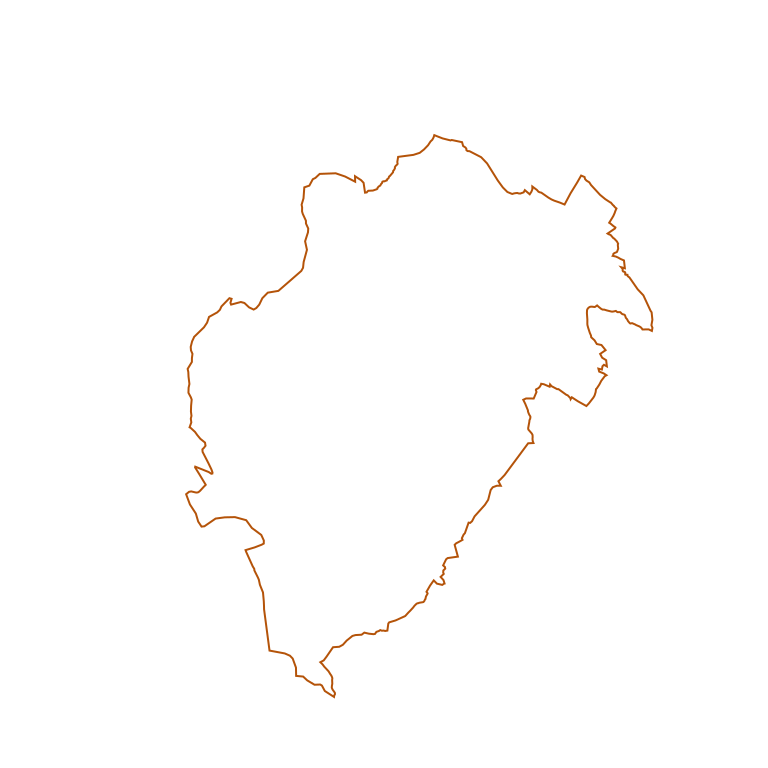 the district of Boteni, Arges, Romania, rotated 37°
{"feature_id": "2599482B33431600149134", "entity_name": "Boteni", "entity_type": "district", "adm_level": 2, "iso_a3": "ROU", "parent_name": "Romania", "parent_adm1": "Arges", "projection": "robinson", "projection_center": [25.134, 45.176], "detail": "fine", "context": "isolated", "style": "outline", "palette": "amber", "viewbox_px": 768, "rotation_deg": 37, "n_neighbors": 0, "source": "geoboundaries", "source_scale": "gbopen_adm2", "svg_char_len": 6160}
<svg xmlns="http://www.w3.org/2000/svg" viewBox="0 0 768 768"><g transform="rotate(37 384 384)"><path d="M532.4,664.0L531.9,663.1L531.6,662.2L531.6,661.5L531.1,660.7L530.6,660.2L529.5,659.8L526.8,659.0L525.1,658.0L524.1,656.5L523.1,654.5L520.7,651.6L519.9,650.2L519.1,649.5L517.3,648.5L515.9,648.1L512.6,646.8L506.4,645.7L503.7,644.9L500.6,644.5L502.2,641.0L502.2,636.3L501.7,624.9L506.4,620.8L508.1,617.0L508.6,611.4L510.4,604.2L512.3,601.7L517.0,597.7L517.9,594.4L522.2,592.5L526.2,590.1L527.2,589.0L527.1,586.5L528.6,584.3L529.1,582.8L530.8,582.3L532.0,581.2L533.6,580.5L535.1,578.9L531.6,572.7L531.6,571.2L535.5,565.9L540.6,556.5L541.0,552.0L541.4,549.2L541.8,545.0L541.8,542.8L542.2,540.1L542.6,539.1L543.4,538.3L543.8,537.5L546.4,534.8L546.7,534.4L546.8,533.1L546.4,531.4L546.4,531.1L546.5,530.8L545.4,528.5L545.0,525.4L544.8,524.9L543.0,524.4L542.1,517.3L541.9,510.9L546.4,511.6L551.4,509.4L552.2,507.1L552.4,506.9L549.5,504.8L545.3,504.0L546.0,499.7L544.7,498.9L543.6,497.2L544.0,494.6L542.8,493.5L540.4,493.3L539.1,486.6L539.6,484.7L546.9,477.4L537.2,469.9L537.5,467.8L538.8,465.1L540.5,461.2L539.0,460.3L538.2,456.3L538.4,454.5L535.0,443.8L536.4,443.1L536.9,440.6L536.0,435.2L537.3,419.8L536.9,413.8L533.0,404.5L533.0,401.0L535.3,397.4L538.5,395.0L533.9,392.8L534.5,389.5L535.1,384.1L534.8,344.6L538.9,341.2L537.2,340.1L536.1,339.0L535.3,338.0L534.7,337.0L533.3,335.3L531.8,334.6L526.7,333.5L525.7,332.5L522.8,326.7L522.1,325.6L521.8,324.7L521.7,323.9L520.8,322.2L520.1,321.7L518.7,321.2L517.2,320.4L515.5,319.3L514.9,318.5L508.7,314.8L504.7,312.8L506.2,310.0L512.3,305.5L510.6,298.6L508.9,297.4L508.7,296.7L509.8,294.5L510.1,292.4L509.8,290.3L509.4,289.2L511.8,288.0L517.9,286.5L516.9,284.4L519.1,284.9L525.4,283.9L526.4,283.1L536.2,282.9L537.4,282.5L541.3,283.1L542.2,283.8L542.0,281.6L549.2,281.1L558.9,279.8L559.3,276.2L559.4,268.8L559.1,266.5L557.9,263.1L556.4,260.5L556.6,259.7L556.3,254.8L555.6,250.7L555.6,245.0L556.4,243.1L553.1,243.3L548.4,244.6L546.0,242.7L549.3,241.3L547.8,238.3L548.1,236.3L551.4,235.8L547.1,231.3L542.4,231.7L538.5,229.9L540.6,223.6L534.2,222.0L529.9,224.0L525.8,222.4L521.4,222.0L520.1,220.7L517.6,219.3L513.3,216.3L511.0,214.5L510.2,213.6L507.5,210.0L503.4,205.3L501.7,202.8L501.4,201.8L501.4,200.3L501.8,198.9L502.3,198.1L503.5,197.1L505.8,195.8L506.2,195.3L506.9,193.0L509.1,193.2L512.4,193.3L513.8,193.0L515.0,192.1L517.5,191.2L522.0,189.3L522.8,188.8L523.7,187.9L525.2,186.1L526.6,186.2L527.4,186.0L529.3,184.5L530.2,184.5L531.4,184.8L532.5,184.7L533.9,184.1L534.8,184.0L535.4,184.3L537.3,185.6L539.2,186.0L541.0,186.9L543.2,187.4L544.0,187.5L544.4,187.4L545.5,186.1L548.8,185.3L549.9,185.2L553.4,184.3L554.9,184.2L556.6,184.5L557.6,184.9L562.5,181.1L566.0,180.4L564.6,177.6L562.2,176.1L559.7,171.2L554.6,165.7L552.8,165.1L537.8,157.1L529.6,155.7L515.9,151.2L513.9,151.2L513.2,150.9L512.7,150.3L511.0,151.4L510.3,151.0L510.1,150.3L509.5,149.8L508.7,149.6L508.0,150.0L507.2,150.2L506.4,149.9L505.4,148.5L503.2,148.0L506.7,146.6L501.3,140.9L497.6,141.8L495.0,142.1L492.4,142.7L489.6,144.0L489.6,143.3L488.9,142.2L489.0,141.4L489.3,140.6L490.5,138.6L490.5,138.0L489.6,135.0L487.0,132.2L486.6,131.1L484.3,130.0L480.2,129.3L479.5,129.5L475.2,128.6L473.2,129.2L472.0,129.3L474.9,120.7L474.6,119.7L472.3,119.8L468.4,119.6L466.8,119.7L466.3,114.1L466.0,111.6L465.3,108.6L464.7,106.8L464.0,103.9L462.8,103.9L460.8,103.6L460.6,103.4L459.0,103.3L456.0,102.6L455.4,102.8L449.5,103.2L442.7,102.9L429.6,100.5L426.6,99.4L423.3,99.7L421.2,99.3L419.6,98.0L416.0,98.9L417.0,106.7L418.2,119.4L420.2,132.0L415.2,133.3L409.7,135.1L406.7,135.8L403.1,136.2L394.5,136.5L393.2,137.1L391.7,137.5L389.3,137.0L383.6,137.0L385.3,139.2L386.0,141.7L386.2,144.8L379.8,144.4L380.2,146.9L378.2,149.9L376.8,150.8L375.5,151.2L374.1,152.5L373.0,153.7L372.2,154.9L371.6,155.2L367.0,156.4L360.6,155.5L352.4,153.0L333.6,145.8L325.1,144.4L312.2,146.6L310.5,147.7L309.0,147.6L308.1,146.5L306.7,146.1L304.0,146.3L300.8,143.9L291.2,148.4L290.6,149.4L283.0,152.6L274.4,155.0L275.2,157.2L275.6,159.9L275.2,162.3L275.5,166.8L274.8,172.6L273.4,177.9L269.6,183.3L258.6,194.1L261.0,198.7L262.4,200.0L262.4,201.0L262.1,202.4L262.1,203.5L262.2,204.3L262.9,205.1L263.2,206.8L263.1,208.3L263.8,209.5L263.5,214.5L263.3,214.8L263.3,215.6L263.7,216.5L263.7,217.3L263.3,218.7L263.7,219.5L263.7,219.9L263.0,220.6L262.6,221.6L262.4,221.9L261.5,222.5L261.0,223.4L261.5,224.9L261.3,226.2L261.6,227.7L260.9,229.5L260.8,231.2L261.2,232.0L261.0,232.8L258.7,236.2L255.2,239.1L255.0,239.8L254.9,241.4L253.7,242.6L246.6,235.6L243.0,235.0L235.8,235.5L239.2,239.8L228.1,241.7L218.6,244.8L206.2,254.9L205.2,260.7L203.9,263.3L205.0,270.5L202.0,274.9L208.0,284.2L210.3,290.4L212.3,292.2L214.7,295.5L216.7,297.0L223.4,300.6L225.1,302.8L229.9,305.4L232.0,308.6L235.1,317.5L241.7,323.2L246.4,334.9L249.4,339.9L249.9,343.5L243.6,373.2L236.2,381.0L235.2,388.7L236.6,395.7L236.3,400.2L235.1,403.0L230.1,404.0L223.8,403.3L220.3,404.7L214.1,412.6L212.5,411.6L211.0,407.7L208.9,408.5L207.5,419.9L208.3,423.5L207.7,427.2L203.9,435.7L205.8,441.5L206.1,447.1L204.0,460.7L204.2,461.3L205.1,465.5L207.3,470.7L209.6,473.3L212.9,475.2L215.0,478.9L217.3,482.0L218.1,490.1L220.5,492.2L223.5,495.8L228.6,501.1L230.2,504.6L233.1,508.7L237.8,510.9L239.8,512.2L243.0,517.4L246.4,522.2L249.4,525.3L250.6,528.0L253.2,530.6L254.8,535.6L255.8,535.4L261.9,536.0L265.7,537.2L270.3,538.3L276.3,538.5L278.6,540.7L278.6,543.3L278.3,545.5L280.0,547.4L291.4,552.9L297.6,556.1L300.3,557.9L300.8,558.8L300.1,559.6L297.0,559.8L283.0,563.6L283.3,564.3L290.6,567.1L302.3,571.8L302.3,572.4L302.0,573.8L301.4,580.0L300.9,582.1L300.0,583.2L299.0,583.9L294.7,585.8L293.2,587.4L292.3,591.1L301.5,597.0L311.7,600.7L318.4,605.7L324.1,607.7L326.2,605.7L330.5,592.8L337.1,586.3L345.1,580.0L355.9,575.7L365.1,578.5L376.8,578.4L382.2,581.3L384.0,583.8L383.0,586.0L379.0,592.4L373.4,600.0L375.1,601.1L389.0,608.7L391.6,609.7L392.7,610.9L399.7,614.4L401.8,615.6L405.7,619.0L412.8,623.3L418.7,629.8L422.0,633.8L423.8,636.1L453.0,665.8L466.9,658.9L472.4,657.6L476.3,658.2L484.4,663.5L489.5,670.0L495.5,666.3L501.0,666.9L509.5,666.0L513.9,662.4L515.9,662.2L521.5,664.8L532.4,664.0Z" fill="none" stroke="#b45309" stroke-width="2"/></g></svg>